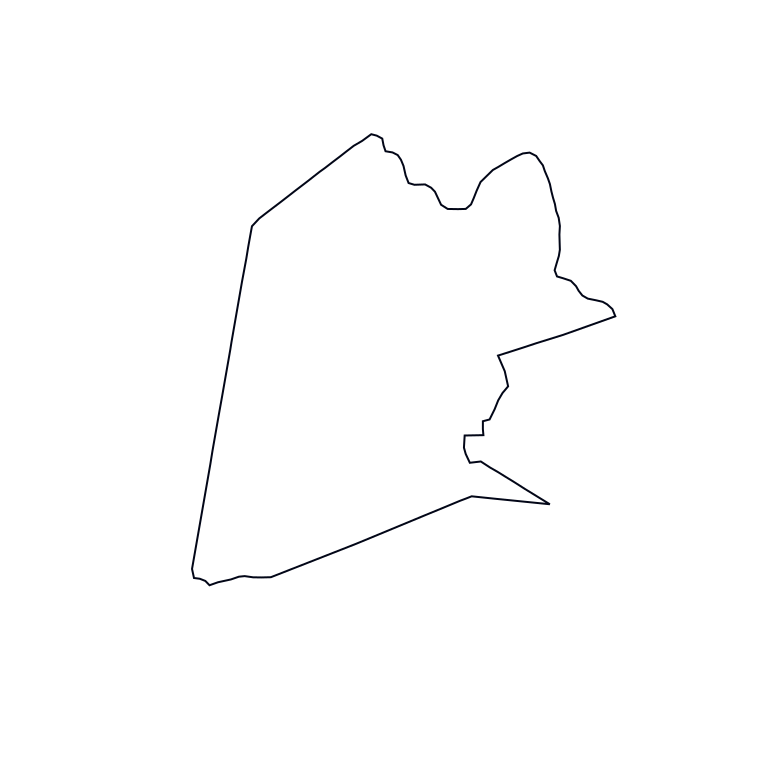 outline of São Pedro da Aldeia, Rio de Janeiro, Brazil, rotated 222°
{"feature_id": "56859067B72272137778609", "entity_name": "São Pedro da Aldeia", "entity_type": "district", "adm_level": 2, "iso_a3": "BRA", "parent_name": "Brazil", "parent_adm1": "Rio de Janeiro", "projection": "natural_earth1", "projection_center": [-42.128, -22.782], "detail": "fine", "context": "isolated", "style": "outline", "palette": "ink", "viewbox_px": 768, "rotation_deg": 222, "n_neighbors": 0, "source": "geoboundaries", "source_scale": "gbopen_adm2", "svg_char_len": 1798}
<svg xmlns="http://www.w3.org/2000/svg" viewBox="0 0 768 768"><g transform="rotate(222 384 384)"><path d="M180.3,405.6L209.0,400.3L221.7,398.2L230.9,396.5L240.4,394.8L249.3,392.9L260.2,391.2L267.5,382.9L276.5,386.7L282.0,390.2L289.6,399.7L275.9,412.5L280.3,416.6L285.6,422.5L281.8,428.3L284.9,439.3L288.2,448.3L289.9,456.6L290.2,465.3L302.8,474.3L318.3,481.4L312.0,492.1L304.9,504.3L298.0,516.4L283.8,540.3L257.4,589.1L264.4,592.5L271.5,592.5L276.5,591.4L282.6,588.0L289.7,583.8L295.8,582.5L301.7,583.5L306.7,585.2L314.2,585.7L321.5,582.5L327.4,579.7L333.3,582.7L336.6,589.5L339.7,596.1L343.1,601.4L347.6,606.1L353.7,612.5L359.0,619.1L365.4,624.4L371.9,627.8L377.4,632.1L383.0,635.5L388.4,639.1L394.5,643.6L399.8,646.5L407.1,649.9L412.2,652.8L417.4,653.8L423.5,655.3L430.6,653.4L435.1,648.2L437.6,642.5L439.8,636.1L442.2,628.7L444.3,621.8L446.3,615.9L447.4,598.7L444.5,589.7L441.7,582.2L439.5,575.7L440.4,568.8L446.0,563.5L453.8,556.7L461.5,555.4L467.7,558.0L474.8,561.0L480.3,561.4L487.0,559.8L494.7,552.4L500.2,549.8L507.5,553.5L515.4,559.1L521.5,562.0L527.0,563.3L532.6,561.8L538.6,558.0L544.1,561.1L549.5,565.2L555.6,563.7L560.6,561.1L562.9,550.1L565.9,540.7L567.6,531.4L569.0,523.4L570.7,514.5L572.4,505.1L573.8,498.7L575.1,491.3L576.3,484.3L577.7,476.8L579.3,468.3L581.0,458.7L582.7,449.3L584.4,440.4L586.1,431.3L587.5,423.6L587.7,412.9L582.4,404.3L576.5,394.8L570.2,385.0L562.0,371.6L558.1,365.2L525.2,312.8L521.3,306.8L517.4,300.6L509.2,287.5L495.8,266.1L486.3,250.8L466.7,219.5L459.4,208.2L402.9,118.1L395.4,112.7L390.6,116.0L385.0,118.1L379.0,117.7L374.7,125.6L367.0,136.3L362.9,143.7L359.0,148.0L352.0,152.7L345.8,158.1L338.8,164.7L297.7,246.8L265.6,314.1L256.0,334.1L249.3,348.2L246.5,353.6L243.7,359.2L225.3,372.6L180.3,405.6Z" fill="none" stroke="#020617" stroke-width="2"/></g></svg>